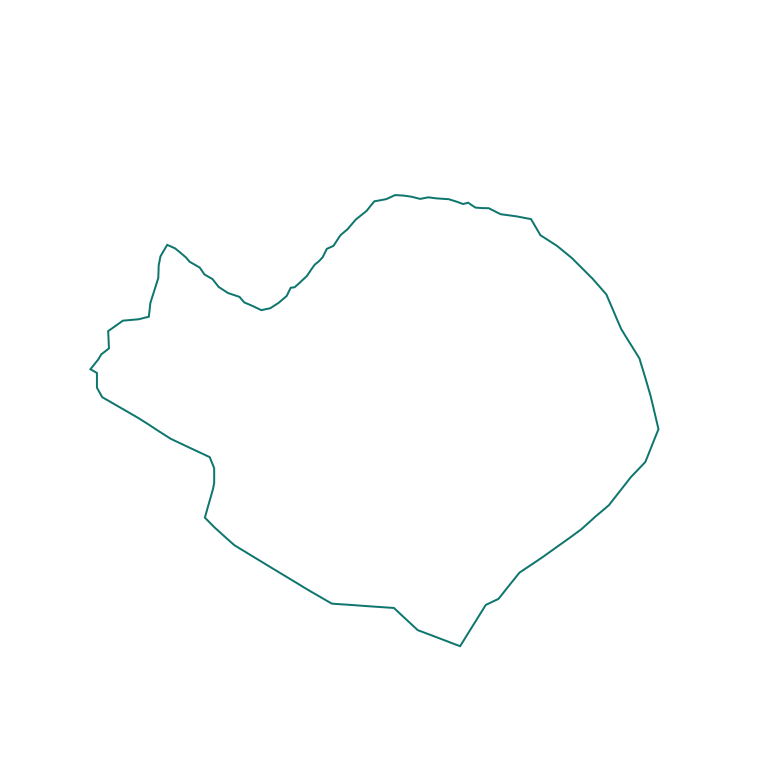 the district of Ar Rashad, South Kordufan, Sudan, rotated 300°
{"feature_id": "16777658B6695424981162", "entity_name": "Ar Rashad", "entity_type": "district", "adm_level": 2, "iso_a3": "SDN", "parent_name": "Sudan", "parent_adm1": "South Kordufan", "projection": "orthographic", "projection_center": [31.122, 11.808], "detail": "fine", "context": "isolated", "style": "outline", "palette": "teal", "viewbox_px": 768, "rotation_deg": 300, "n_neighbors": 0, "source": "geoboundaries", "source_scale": "gbopen_adm2", "svg_char_len": 2758}
<svg xmlns="http://www.w3.org/2000/svg" viewBox="0 0 768 768"><g transform="rotate(300 384 384)"><path d="M396.1,126.7L394.3,126.7L390.6,126.6L386.2,126.6L382.7,126.6L374.0,129.6L363.0,135.5L338.5,140.9L337.5,141.1L324.7,146.7L321.4,143.3L317.4,139.2L314.0,134.3L313.2,133.2L308.3,126.2L291.9,118.7L277.3,128.0L268.2,124.3L262.7,124.3L254.0,123.0L250.0,122.4L250.0,129.9L237.2,137.3L231.7,146.6L231.7,161.5L231.7,189.5L231.6,190.7L231.3,198.6L230.5,213.0L229.9,226.8L231.2,242.6L232.5,257.9L233.5,269.7L226.2,279.0L214.1,286.0L213.4,286.4L208.2,288.2L207.9,288.3L201.7,289.9L193.3,292.0L190.8,292.6L185.0,294.1L178.7,295.7L175.1,308.8L173.9,314.4L171.6,325.1L169.6,334.9L169.4,342.1L168.6,377.9L168.2,398.5L167.8,416.5L167.7,424.4L167.7,448.6L170.1,453.6L174.9,463.3L183.6,481.3L193.1,500.7L195.0,504.5L194.2,508.1L193.4,511.4L192.2,516.6L188.9,531.0L187.7,536.2L188.5,541.1L191.2,557.6L194.1,575.9L195.0,581.0L213.5,581.6L243.5,582.6L255.2,590.6L269.3,592.7L288.3,595.6L295.4,599.1L309.8,606.2L313.6,608.0L314.8,608.6L317.5,609.8L330.7,615.8L339.9,620.0L345.8,622.7L354.1,626.3L356.5,627.4L368.1,631.2L375.0,633.4L387.1,637.8L390.9,639.1L391.5,639.4L394.0,639.7L399.0,640.4L408.7,641.8L420.7,643.5L423.5,643.9L426.6,644.3L430.3,645.2L437.6,647.0L441.4,647.9L447.1,649.3L453.0,648.5L472.1,645.7L482.1,644.3L500.7,626.8L507.1,620.7L516.2,611.2L522.0,605.1L526.4,600.4L529.8,596.7L531.9,594.5L533.2,593.2L533.7,592.6L535.7,589.0L541.3,578.5L544.4,572.6L547.2,567.4L548.4,565.3L549.4,563.4L550.3,561.8L552.9,558.3L556.3,553.7L565.2,541.9L570.4,534.9L572.7,531.9L574.6,526.3L576.4,521.1L578.7,514.2L579.7,511.3L580.3,508.7L581.2,505.4L583.1,498.4L587.0,483.7L589.1,471.1L589.9,466.2L590.1,464.9L590.2,462.8L590.9,448.6L591.0,446.9L591.1,445.0L593.3,441.2L597.9,433.1L600.3,428.8L598.2,422.9L595.5,415.1L592.2,407.0L590.7,403.4L589.4,400.2L589.1,396.4L588.9,391.9L588.6,386.8L585.5,381.2L582.5,375.0L582.7,371.3L583.1,366.3L579.4,362.5L578.2,355.7L576.4,347.6L573.8,342.4L570.9,336.4L567.8,329.0L562.4,322.8L559.9,314.1L556.9,306.6L553.2,299.2L549.3,296.4L545.3,293.6L542.1,289.9L537.4,284.3L531.3,283.3L525.3,282.4L518.4,279.7L512.5,277.4L506.8,276.3L499.7,275.0L491.2,271.9L484.8,271.5L478.4,271.2L472.4,266.9L467.4,267.2L463.2,267.5L457.8,266.3L452.9,264.4L447.4,263.8L444.4,263.6L438.9,263.2L431.8,261.0L428.6,260.1L423.1,258.2L420.7,255.1L415.7,255.4L411.6,255.7L407.9,254.4L404.8,253.3L401.2,252.0L398.0,250.3L392.7,247.6L390.3,244.9L386.6,240.8L386.3,237.0L386.0,232.7L385.5,228.1L384.8,222.2L386.0,218.7L387.2,215.3L386.3,210.9L384.8,203.5L385.4,192.3L387.0,188.3L389.1,183.0L389.1,178.5L389.1,173.7L392.7,166.2L392.7,161.0L392.7,154.4L394.5,149.5L395.8,142.6L397.0,135.2L396.6,131.1L396.1,126.7Z" fill="none" stroke="#0f766e" stroke-width="2"/></g></svg>